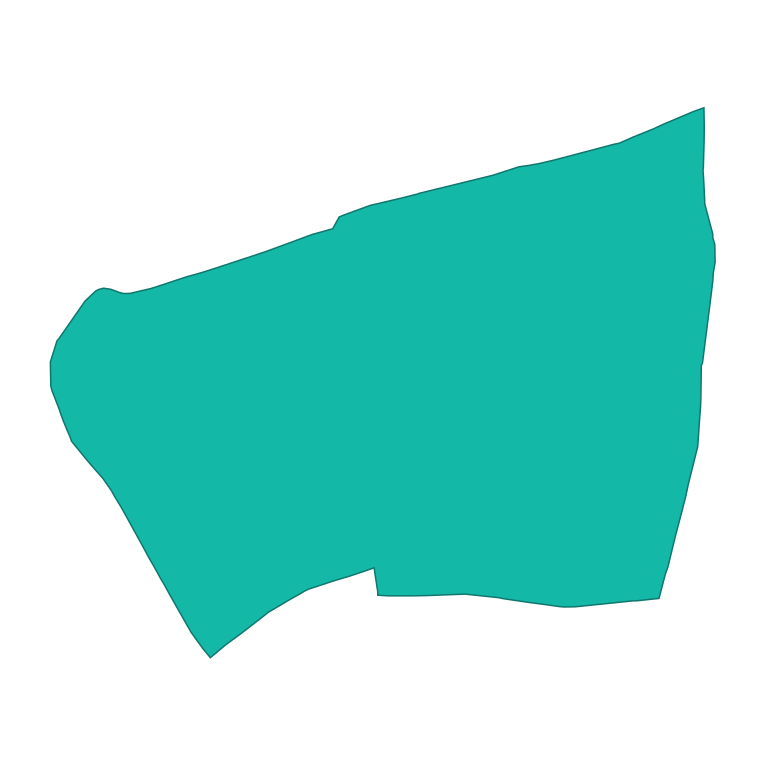 Old City, Amanat Al Asimah, Yemen (orthographic projection), rotated 179°
{"feature_id": "15242507B70812526039843", "entity_name": "Old City", "entity_type": "district", "adm_level": 2, "iso_a3": "YEM", "parent_name": "Yemen", "parent_adm1": "Amanat Al Asimah", "projection": "orthographic", "projection_center": [44.214, 15.355], "detail": "fine", "context": "isolated", "style": "filled", "palette": "teal", "viewbox_px": 768, "rotation_deg": 179, "n_neighbors": 0, "source": "geoboundaries", "source_scale": "gbopen_adm2", "svg_char_len": 1655}
<svg xmlns="http://www.w3.org/2000/svg" viewBox="0 0 768 768"><g transform="rotate(179 384 384)"><path d="M59.3,654.6L70.2,650.9L100.3,638.8L110.4,634.3L130.3,626.7L144.7,620.6L149.4,619.8L210.6,604.8L225.5,601.6L235.6,600.0L245.4,598.8L271.9,590.7L345.2,574.1L347.5,573.3L367.0,568.8L394.7,562.8L397.1,562.0L420.5,553.9L425.9,551.8L432.6,540.1L452.8,534.9L500.4,518.3L549.9,502.9L563.2,498.9L578.8,494.8L585.4,492.8L601.0,487.9L615.5,483.5L636.5,479.0L640.4,479.0L642.8,479.0L647.4,480.3L655.6,483.5L662.7,484.7L667.7,483.5L670.8,481.9L681.4,472.2L708.3,435.0L710.2,432.9L717.2,411.9L717.2,388.0L716.1,383.2L709.1,364.2L707.5,358.9L705.2,352.5L701.6,343.2L698.9,336.7L697.4,332.2L681.8,312.4L674.7,303.9L666.5,294.2L658.4,282.1L655.2,276.0L649.0,265.5L640.8,250.1L638.5,245.7L631.4,232.3L621.7,213.7L617.0,205.2L610.4,192.7L608.0,188.7L601.4,176.1L581.1,138.9L569.8,122.7L562.4,113.4L546.8,126.0L532.0,136.5L510.2,152.7L503.5,157.9L496.9,161.6L480.5,170.9L470.8,176.1L467.3,178.2L463.0,180.2L436.8,188.3L422.4,192.3L405.6,197.6L397.1,200.4L394.7,182.2L394.3,179.4L393.9,176.5L393.9,172.9L383.0,172.1L358.8,171.7L345.6,171.7L306.6,172.5L273.4,168.4L268.0,167.2L255.9,165.2L243.8,163.2L227.8,160.8L211.8,158.3L207.9,157.9L196.6,157.9L172.8,159.9L139.3,162.8L135.4,162.8L112.8,164.8L106.1,188.7L103.4,195.9L94.8,228.7L87.8,253.4L84.3,266.3L81.6,278.0L71.4,316.1L69.9,333.4L67.9,356.1L67.5,362.6L66.4,396.9L65.2,399.4L56.6,458.8L53.5,480.7L52.7,490.0L50.8,500.1L50.8,517.5L52.7,524.7L52.7,528.4L58.5,551.8L60.1,558.3L60.5,574.1L60.9,585.0L61.3,592.3L60.9,595.1L59.7,621.0L59.3,636.0L59.3,654.6Z" fill="#14b8a6" stroke="#0f766e" stroke-width="1.5"/></g></svg>